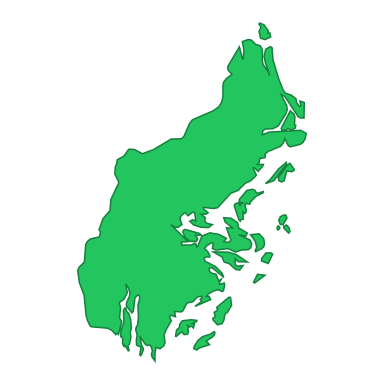 the border of Stockholm
{"feature_id": "SWE-194", "entity_name": "Stockholm", "entity_type": "County", "adm_level": 1, "iso_a3": "SWE", "parent_name": "Sweden", "parent_adm1": "", "projection": "albers", "projection_center": [18.361, 59.539], "detail": "fine", "context": "isolated", "style": "filled", "palette": "green", "viewbox_px": 384, "rotation_deg": 0, "n_neighbors": 0, "source": "natural_earth", "source_scale": "10m", "svg_char_len": 6085}
<svg xmlns="http://www.w3.org/2000/svg" viewBox="0 0 384 384"><path d="M239.4,46.8L242.4,58.7L243.2,58.7L243.9,50.1L242.3,41.6L248.2,39.5L251.4,40.1L255.7,44.4L260.1,45.6L261.9,48.4L262.5,52.4L262.3,61.0L263.2,64.6L268.7,72.6L269.7,75.7L267.8,69.3L265.4,63.0L264.1,56.5L265.7,49.3L270.3,46.6L272.0,47.6L273.0,59.9L278.6,78.5L283.1,90.0L285.5,93.2L291.0,95.0L296.0,98.7L296.5,102.6L299.3,106.3L300.8,106.1L299.9,101.0L304.3,102.5L304.0,118.1L299.8,117.8L298.1,116.6L284.8,96.5L281.0,94.4L286.6,105.4L287.3,109.6L285.9,113.7L278.2,126.0L273.1,128.6L264.8,129.1L262.8,131.2L262.2,134.7L269.2,132.1L300.8,130.3L306.3,133.4L305.0,139.1L302.9,142.5L300.2,144.4L290.3,146.8L288.3,145.7L284.8,138.8L283.3,143.0L280.6,146.3L268.2,151.4L265.3,154.0L265.1,157.6L259.8,158.5L259.2,162.4L257.3,164.5L263.4,164.4L262.6,166.4L258.2,171.4L254.7,168.0L253.1,167.9L256.4,175.3L250.6,180.9L245.2,183.3L238.1,190.4L230.9,193.2L217.7,207.7L213.3,208.5L203.7,207.4L203.7,209.1L208.1,212.6L206.3,214.1L201.1,214.3L205.4,217.7L204.7,221.1L206.8,223.3L212.4,224.6L208.6,227.6L201.0,227.3L193.5,224.9L189.8,221.2L192.8,219.7L195.8,221.2L194.9,214.1L194.2,212.5L192.6,212.2L188.1,215.8L185.6,212.9L184.0,213.1L180.3,217.0L180.3,219.8L182.0,224.6L177.9,227.4L174.9,227.3L170.7,224.5L188.1,241.6L181.6,242.1L181.6,245.0L191.4,245.0L194.5,243.2L195.8,243.5L196.7,246.8L197.5,246.8L201.9,236.0L209.9,232.8L219.0,234.4L226.4,238.3L223.7,241.7L229.2,242.4L230.8,239.8L226.4,227.9L232.5,227.9L225.1,222.0L223.7,217.7L231.1,218.2L237.7,222.8L238.6,227.9L247.3,233.0L245.9,236.1L238.6,234.7L249.9,239.9L251.7,244.1L250.7,247.9L248.3,249.6L241.7,250.0L235.5,252.1L228.1,248.6L215.8,250.1L212.4,248.5L213.3,243.2L210.8,243.1L206.5,246.0L204.5,248.5L207.6,251.4L209.8,255.3L209.8,257.0L205.4,256.9L204.2,258.1L205.0,261.2L215.4,266.5L221.9,272.9L223.8,277.4L212.1,267.7L209.3,268.1L209.3,271.1L211.3,273.0L215.9,274.2L218.7,280.9L221.2,279.3L219.4,282.7L219.4,284.4L224.2,283.0L224.7,285.3L223.5,290.6L222.2,291.6L218.0,289.7L213.2,291.2L208.5,293.8L206.3,296.5L209.0,296.3L210.7,299.6L194.9,306.4L201.8,301.3L200.1,299.5L201.9,298.0L201.9,296.4L197.8,296.7L192.9,301.7L186.9,303.1L183.0,310.7L181.4,311.9L174.6,311.5L175.5,316.8L170.8,315.2L169.4,316.8L171.4,320.7L166.1,329.7L164.0,335.5L165.1,342.3L163.9,345.7L160.0,348.8L156.0,347.3L155.0,353.8L155.0,361.0L152.0,357.0L151.5,354.0L152.4,350.7L151.0,346.5L149.8,345.0L147.1,345.6L145.1,344.1L139.8,336.0L141.5,344.8L143.6,349.1L141.3,355.1L140.4,355.7L139.8,354.6L141.0,347.2L136.6,345.2L136.3,340.5L137.1,334.9L135.8,330.1L135.8,328.3L137.6,324.6L138.4,316.9L137.9,304.9L139.6,299.0L139.6,296.1L138.2,294.8L135.0,297.6L133.3,311.4L131.9,312.9L126.3,305.9L126.7,302.3L129.3,296.7L130.0,293.3L128.4,287.8L125.6,283.9L127.4,292.5L124.0,299.1L119.3,302.6L120.5,307.9L119.6,318.0L121.7,321.5L118.5,334.5L117.2,333.2L115.8,334.7L112.1,330.6L107.9,328.2L91.4,326.8L90.1,326.0L87.5,320.5L86.0,315.0L84.1,295.3L79.3,282.5L77.7,270.5L79.2,267.2L84.3,262.1L85.7,244.5L87.3,241.5L90.5,238.9L99.5,236.8L100.4,231.9L99.0,229.6L103.1,218.5L109.9,210.7L110.9,199.4L118.6,183.3L118.5,181.4L114.8,174.1L115.3,166.8L116.7,163.9L117.2,159.8L123.8,156.2L128.8,149.2L134.3,149.4L142.4,153.7L153.7,149.5L171.2,139.0L181.3,138.8L183.9,136.4L189.4,123.8L192.4,119.8L213.2,110.8L219.0,106.6L221.7,101.9L222.9,96.5L222.9,86.0L223.6,82.1L226.6,78.3L231.9,74.4L228.5,70.6L227.7,68.8L227.8,66.4L239.4,46.8ZM255.9,196.4L250.4,202.0L249.8,204.3L246.7,203.4L244.9,205.0L246.3,210.1L245.9,212.7L244.5,213.6L243.4,212.9L242.9,210.8L243.3,219.1L240.9,219.7L240.2,221.2L238.8,219.6L234.3,206.0L234.8,204.1L237.8,202.9L239.2,203.5L240.2,206.3L240.5,203.9L242.8,203.0L239.1,202.1L239.4,199.3L246.8,190.4L252.4,189.3L255.0,190.4L256.8,193.4L263.2,191.6L263.0,192.9L255.9,196.4ZM131.4,327.8L130.4,331.9L130.9,337.3L129.9,342.2L129.6,343.9L127.8,345.6L129.1,350.6L128.3,350.8L124.8,345.3L124.7,346.5L123.6,346.2L122.5,343.2L122.7,339.1L121.9,336.9L120.8,336.8L120.7,335.0L121.0,330.6L123.9,321.7L123.4,310.7L124.5,308.2L125.9,308.1L126.6,311.4L128.9,313.5L130.7,319.9L131.4,327.8ZM230.5,297.4L231.6,305.3L227.6,312.2L225.0,314.1L223.9,320.1L222.1,323.6L217.4,324.8L213.2,320.1L212.8,318.2L215.4,316.7L214.1,312.3L217.3,310.6L217.6,308.9L216.7,308.2L217.1,307.0L228.8,297.3L230.5,297.4ZM224.2,262.1L222.0,257.0L213.3,251.9L228.2,252.1L236.1,254.5L247.4,262.0L238.1,261.7L235.1,258.8L235.3,264.4L237.2,266.2L243.1,265.5L239.7,270.1L235.7,269.5L229.1,263.6L224.2,262.1ZM294.5,124.8L295.8,125.2L295.3,128.0L292.0,130.0L287.5,128.5L286.3,130.0L281.9,130.3L281.2,128.3L290.3,110.8L293.9,114.0L294.9,116.8L294.5,124.8ZM194.5,324.1L193.4,328.0L191.4,326.1L189.5,327.1L187.7,325.4L188.3,332.2L187.6,334.2L184.1,334.6L181.7,331.7L176.2,336.5L175.5,336.2L176.5,330.1L179.5,327.3L179.7,324.1L182.3,320.8L191.1,319.7L196.8,320.4L196.7,321.5L192.0,323.6L194.5,324.1ZM210.3,334.2L214.1,331.6L214.9,332.3L214.5,334.7L212.5,337.0L206.2,341.1L209.6,344.7L199.5,347.9L196.7,350.0L193.8,348.6L194.1,346.4L198.1,340.3L202.6,336.6L210.3,334.2ZM255.4,241.6L250.6,234.7L259.2,233.8L263.8,238.9L264.5,243.6L263.8,246.6L261.9,248.6L255.7,251.7L255.1,250.6L256.7,247.5L255.4,241.6ZM183.1,230.5L185.1,229.4L199.7,233.5L201.2,235.1L195.4,235.2L197.8,238.8L196.4,241.3L190.5,241.5L185.1,237.5L182.9,232.3L183.1,230.5ZM259.0,31.5L261.0,27.0L258.9,24.1L259.7,23.0L264.0,24.8L268.4,31.0L267.9,33.3L269.9,33.0L270.7,36.9L265.0,39.6L260.5,38.2L259.0,31.5ZM289.9,163.3L294.2,169.4L294.0,170.5L291.9,171.7L286.8,171.0L284.1,180.8L281.6,182.0L278.8,180.6L278.2,177.7L288.0,164.3L289.9,163.3ZM286.3,164.6L273.8,180.7L265.4,183.6L270.3,179.4L278.9,168.6L286.3,162.4L286.3,164.6ZM270.9,252.8L272.7,254.2L268.2,263.5L261.5,261.0L261.7,258.4L265.9,252.9L270.9,252.8ZM287.0,218.0L283.0,224.7L280.3,224.4L278.7,220.4L280.4,216.6L283.5,215.1L285.8,215.0L287.0,218.0ZM257.5,274.3L265.0,275.2L254.7,283.0L253.5,282.3L257.5,274.3ZM289.2,228.0L290.0,231.7L288.6,233.1L283.8,228.0L283.7,226.3L286.5,225.0L289.2,228.0ZM278.0,225.9L279.4,226.6L279.9,228.2L278.2,230.0L277.2,229.2L277.0,227.6L278.0,225.9Z" fill="#22c55e" stroke="#15803d" stroke-width="1.5"/></svg>